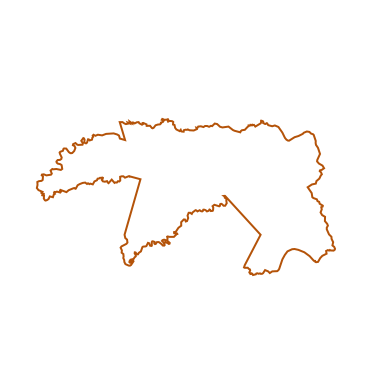 outline of Unión Panamericana ( Animas), Chocó, Colombia, rotated 284°
{"feature_id": "7082276B59837369743013", "entity_name": "Unión Panamericana ( Animas)", "entity_type": "district", "adm_level": 2, "iso_a3": "COL", "parent_name": "Colombia", "parent_adm1": "Chocó", "projection": "robinson", "projection_center": [-76.654, 5.295], "detail": "fine", "context": "isolated", "style": "outline", "palette": "amber", "viewbox_px": 384, "rotation_deg": 284, "n_neighbors": 0, "source": "geoboundaries", "source_scale": "gbopen_adm2", "svg_char_len": 6051}
<svg xmlns="http://www.w3.org/2000/svg" viewBox="0 0 384 384"><g transform="rotate(284 192 192)"><path d="M261.6,224.4L261.7,218.6L262.0,216.8L264.3,211.6L262.0,205.9L262.1,203.4L264.0,200.0L263.9,197.5L260.8,195.6L260.8,194.4L259.4,192.8L259.7,190.8L259.2,188.7L257.8,187.4L257.9,184.7L257.0,182.2L255.3,181.7L255.4,180.7L254.2,181.5L252.1,178.8L251.3,174.6L251.7,172.8L251.2,172.3L250.8,170.5L250.0,169.2L248.5,169.3L248.2,167.5L248.3,166.9L249.6,166.0L248.1,165.3L248.9,161.7L250.2,160.1L252.8,158.8L252.9,157.3L255.5,156.8L255.9,155.7L255.7,153.9L255.3,152.6L254.5,151.8L255.0,151.4L256.2,151.6L256.8,151.0L255.9,149.6L255.5,148.0L254.8,147.6L255.6,146.6L255.7,145.5L254.7,145.2L254.5,146.7L253.1,146.9L251.8,145.1L251.2,145.4L249.9,144.6L249.2,142.6L247.9,140.5L245.1,139.3L244.3,138.4L244.4,137.6L246.1,135.3L245.2,132.0L246.6,131.5L247.2,128.0L247.0,127.5L246.0,128.0L245.2,127.2L245.9,124.3L246.9,123.3L246.3,121.6L244.7,119.8L245.2,118.5L245.1,117.8L243.9,117.9L245.3,114.4L243.4,115.5L243.8,112.8L242.9,113.5L241.9,111.4L242.2,109.6L243.0,107.7L242.3,105.0L226.2,114.5L226.4,109.1L229.1,107.5L229.7,105.5L229.9,101.8L227.6,94.6L225.2,91.1L224.8,86.8L223.2,84.7L223.7,82.6L222.7,82.0L221.6,82.7L220.7,82.2L218.6,82.3L217.3,80.3L218.1,79.1L218.0,78.4L214.7,78.2L213.7,77.7L213.5,76.9L214.0,75.5L216.8,75.1L217.9,74.2L218.0,73.5L214.9,72.2L212.8,74.4L211.4,74.3L210.1,70.1L210.2,69.1L211.3,67.1L209.7,65.1L208.6,65.1L208.2,66.9L206.5,68.2L203.3,67.8L200.9,66.4L200.3,65.1L200.4,64.2L200.9,62.9L203.7,59.5L203.3,57.3L202.6,56.8L200.8,56.8L199.1,54.4L198.3,54.0L197.0,54.7L194.0,57.2L192.4,57.2L191.2,56.1L190.5,53.9L188.8,53.1L187.8,53.6L187.1,54.8L187.1,57.6L186.5,59.0L183.0,60.5L181.7,59.4L181.5,54.8L180.4,51.7L180.5,50.9L178.6,49.6L175.9,51.5L174.7,51.0L172.9,46.7L173.3,43.9L172.6,42.2L171.9,42.1L171.1,43.6L167.6,44.2L166.4,43.3L165.5,40.9L164.3,39.5L161.5,40.4L158.3,40.5L156.7,42.6L156.0,46.7L154.9,46.0L154.5,46.2L154.4,48.6L153.9,48.7L153.1,47.5L152.6,47.5L152.6,49.3L149.8,49.8L148.4,51.3L148.3,52.1L149.2,53.4L150.5,54.5L153.3,55.1L153.3,58.3L156.0,58.5L157.0,59.4L157.8,58.3L158.8,58.5L158.9,59.7L159.7,60.8L159.6,64.3L160.7,64.8L161.5,63.6L162.2,63.8L161.5,70.2L163.9,71.9L167.0,76.1L167.4,77.1L166.9,78.0L167.1,78.4L170.9,79.4L172.5,81.1L174.4,83.8L175.3,86.1L174.4,88.2L175.3,89.0L174.8,90.5L175.5,91.3L175.4,93.9L178.7,94.8L180.4,96.9L182.1,97.2L182.5,98.4L183.5,99.3L183.8,100.7L184.3,101.3L184.2,102.1L183.2,102.2L182.0,101.5L180.8,102.9L180.9,105.0L182.0,106.9L180.8,108.0L180.4,108.9L184.6,111.1L182.1,114.6L182.7,115.2L183.0,116.8L184.6,117.6L184.6,118.9L185.7,119.6L189.4,118.6L190.3,120.2L190.6,121.7L189.7,123.5L192.2,127.1L191.8,128.0L192.1,128.2L191.9,138.9L134.2,136.9L131.2,138.4L130.1,140.5L127.3,141.6L125.8,140.9L122.2,136.8L120.7,136.2L118.4,138.1L116.1,138.4L115.2,140.4L113.0,141.2L111.3,141.3L109.7,142.6L107.6,143.4L105.9,144.9L105.3,148.3L105.5,149.6L106.4,150.5L110.6,152.0L111.1,151.6L111.1,150.9L110.6,150.2L108.6,149.8L108.4,149.0L108.7,148.3L109.6,148.1L111.4,148.7L113.0,151.6L114.5,152.0L116.0,153.0L117.2,152.6L118.6,151.2L119.6,151.1L119.7,151.8L118.2,153.7L118.5,154.7L120.1,155.1L122.0,156.8L126.5,157.2L127.2,157.8L128.0,160.2L128.5,160.8L132.0,161.6L131.9,162.8L129.8,164.3L129.8,165.6L130.2,166.0L133.5,165.1L134.4,165.3L134.7,165.9L134.5,167.7L132.9,167.9L132.5,168.7L132.9,169.4L134.8,170.0L135.3,171.4L135.3,172.2L134.0,175.2L133.0,176.6L133.2,177.9L133.8,178.3L134.5,178.0L136.2,176.5L137.3,174.7L138.1,175.0L139.0,176.4L138.9,178.0L137.4,178.1L136.6,178.6L136.7,180.3L136.0,182.1L136.4,182.7L137.2,182.7L138.9,179.6L140.7,179.6L142.6,178.7L143.0,179.2L143.0,181.0L144.1,185.3L147.2,187.2L147.7,187.9L148.1,187.6L147.7,184.7L148.7,184.3L149.5,185.9L154.0,187.5L156.7,189.7L160.1,188.8L163.4,190.7L163.6,191.8L161.9,193.1L162.6,194.2L165.8,194.6L168.0,193.4L171.0,193.8L171.4,195.2L170.7,197.1L172.3,197.5L175.2,199.8L175.2,200.6L174.5,202.0L176.2,203.9L175.6,205.2L175.6,206.5L176.4,207.2L177.5,207.2L177.8,207.8L177.7,209.5L176.8,211.2L177.8,212.7L179.2,213.2L179.1,213.9L178.1,214.9L178.7,216.6L179.6,216.8L182.0,216.4L183.2,215.4L185.0,216.8L184.7,221.9L185.2,222.4L187.0,222.3L187.6,223.1L187.4,224.2L186.3,226.0L186.7,227.5L189.5,228.4L191.8,227.4L193.6,227.2L194.4,225.2L195.6,224.7L195.9,223.9L196.1,224.4L196.2,225.0L167.1,268.9L133.8,260.9L131.4,260.7L131.2,261.6L132.0,264.4L131.2,265.6L130.9,266.9L130.1,267.4L127.8,267.1L127.2,267.8L127.4,268.9L126.7,268.9L127.2,270.3L126.2,271.3L127.6,273.9L128.4,274.1L128.9,274.9L128.8,276.5L129.5,277.7L129.2,278.6L129.6,279.8L130.4,280.6L133.9,281.8L133.4,285.1L132.2,287.1L134.4,289.1L135.8,293.8L137.0,294.7L138.4,295.2L148.5,296.0L153.4,297.3L157.5,299.0L160.7,303.0L161.5,305.3L161.6,309.2L160.7,315.6L158.2,321.7L154.7,326.9L154.9,328.1L154.0,328.6L153.9,329.4L154.7,331.2L158.9,332.4L161.6,333.9L164.7,337.5L167.2,336.4L168.5,337.9L168.3,339.2L169.1,339.8L168.8,340.6L169.4,343.6L170.6,344.5L171.5,344.5L173.2,343.2L174.1,341.2L177.5,341.1L180.2,338.8L182.3,338.1L184.0,335.2L188.4,331.8L190.0,331.4L192.2,332.0L193.8,330.9L195.9,328.0L200.1,327.1L201.1,323.8L203.3,321.7L206.6,322.1L208.5,321.1L209.5,322.3L210.4,322.2L211.5,318.7L213.2,317.8L213.5,316.0L215.1,314.9L215.5,311.2L216.1,310.0L219.9,308.4L224.6,303.1L228.3,306.5L230.1,310.1L232.7,310.1L235.8,312.3L239.2,313.0L240.6,313.7L242.4,312.3L243.1,310.9L243.9,310.9L245.0,312.7L247.0,314.4L249.2,312.2L250.3,308.3L251.9,306.0L253.3,305.8L259.9,307.0L265.4,303.5L267.7,300.9L269.5,300.1L271.5,299.7L276.8,296.3L277.3,295.5L277.5,293.3L278.7,291.4L278.5,288.8L276.5,286.1L275.2,285.4L272.1,281.8L270.0,278.3L265.3,273.8L265.1,272.7L265.6,271.0L267.0,269.1L271.5,265.3L276.0,260.1L276.6,256.3L275.2,253.9L275.3,249.8L276.8,248.3L276.8,247.7L275.8,246.9L275.7,246.3L276.2,244.3L277.3,244.2L277.8,243.7L278.0,242.1L277.9,241.8L276.1,242.2L275.2,242.0L270.8,237.6L272.1,235.9L271.8,235.2L271.9,234.3L271.2,234.1L271.3,232.6L270.7,232.6L270.3,230.8L269.5,231.0L269.0,230.4L265.1,228.2L264.0,225.5L262.8,224.6L261.6,224.4Z" fill="none" stroke="#b45309" stroke-width="2"/></g></svg>